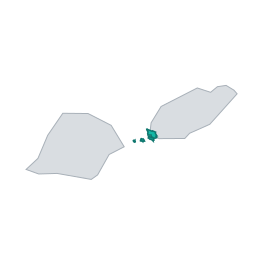 Aiga i le Tai, A'ana, Samoa (highlighted), rotated 312°
{"feature_id": "51752279B95310114006848", "entity_name": "Aiga i le Tai", "entity_type": "district", "adm_level": 2, "iso_a3": "WSM", "parent_name": "Samoa", "parent_adm1": "A'ana", "projection": "equal_earth", "projection_center": [-172.087, -13.857], "detail": "fine", "context": "in_parent", "style": "filled", "palette": "teal", "viewbox_px": 256, "rotation_deg": 312, "n_neighbors": 0, "source": "geoboundaries", "source_scale": "gbopen_adm2", "svg_char_len": 3352}
<svg xmlns="http://www.w3.org/2000/svg" viewBox="0 0 256 256"><g transform="rotate(312 128 128)"><path d="M95.3,69.7L112.0,88.6L118.7,113.7L111.5,137.7L95.7,131.7L72.8,136.8L65.2,135.1L46.8,105.7L34.1,92.4L29.0,80.0L45.2,81.4L68.9,73.2L95.3,69.7ZM226.4,186.2L185.5,186.3L165.3,177.3L158.2,177.2L140.9,158.2L138.2,148.2L147.3,141.7L166.2,138.2L204.1,152.7L209.8,165.5L218.5,166.8L225.3,172.4L227.0,181.4L226.4,186.2Z" fill="#d9dde1" stroke="#a8b0b8" stroke-width="1"/><path d="M137.5,153.6L138.1,154.3L138.2,154.5L138.3,154.6L138.5,154.9L139.2,155.4L140.0,155.8L140.5,154.3L140.8,154.5L141.0,154.6L141.4,154.7L141.5,154.8L141.6,154.3L142.4,151.8L143.1,151.4L143.4,151.3L142.3,148.1L141.9,148.1L141.7,148.1L141.3,147.0L141.3,146.9L141.2,146.6L141.0,146.0L140.7,145.3L140.3,144.2L139.9,143.1L140.0,143.0L139.9,142.9L139.7,142.8L139.6,142.7L139.5,142.8L139.4,143.0L139.5,143.1L139.4,143.2L139.3,143.4L139.2,143.4L139.2,143.6L139.1,143.8L138.9,144.1L138.9,144.3L138.8,144.5L138.8,144.8L138.7,145.0L138.5,145.4L138.4,145.4L138.4,145.5L138.2,145.5L138.0,145.8L137.9,145.9L137.7,146.0L137.2,146.3L137.0,146.5L136.9,146.5L136.8,146.8L136.7,146.8L136.5,147.0L136.4,147.2L136.4,147.3L136.2,147.4L136.3,147.5L136.5,147.7L136.7,148.0L136.8,148.1L136.9,148.3L137.0,148.4L137.3,148.9L137.6,149.2L137.7,149.3L137.8,149.5L138.0,149.7L138.2,149.9L138.0,150.1L137.8,150.2L137.7,150.4L137.6,150.5L137.4,150.6L137.4,150.8L137.2,150.9L137.1,151.0L136.8,151.2L136.9,151.3L137.2,151.7L137.6,152.4L137.6,152.9L137.6,153.4L137.5,153.6ZM135.5,149.0L135.4,149.1L135.3,149.3L135.3,149.2L135.2,149.2L135.2,149.3L134.9,149.4L134.8,149.6L134.7,149.5L134.6,149.8L134.4,150.0L134.2,150.0L134.3,150.3L134.3,150.5L134.3,150.8L134.3,151.1L134.3,151.3L134.3,151.5L134.3,151.8L134.5,151.9L134.6,152.0L134.8,152.4L134.8,152.5L134.9,153.0L135.0,153.2L135.0,153.3L135.1,153.5L135.3,154.0L135.2,154.2L135.2,154.4L135.2,154.5L135.2,154.8L135.1,155.0L135.1,155.3L135.6,154.6L135.9,154.9L136.3,155.4L136.5,155.2L137.0,154.5L137.2,154.2L137.4,153.9L137.5,153.6L137.1,153.1L137.1,152.9L136.6,152.2L136.4,151.7L136.4,151.2L136.2,150.9L136.1,150.5L136.1,150.4L136.0,149.9L135.9,149.6L135.8,149.2L135.7,149.2L135.5,149.0ZM128.9,144.9L128.8,145.0L128.7,145.1L128.4,145.1L128.3,145.3L128.2,145.3L127.8,145.3L127.7,145.4L127.5,145.5L127.4,145.6L127.2,145.6L126.9,145.7L126.7,145.8L126.7,146.0L126.8,146.1L127.0,146.1L127.3,146.2L127.4,146.4L127.5,146.6L127.5,146.8L127.5,147.0L127.4,147.0L127.5,147.3L127.6,147.5L127.7,147.8L127.7,148.0L127.8,147.9L127.8,148.0L128.0,148.0L128.3,148.3L128.5,148.4L128.7,148.5L128.8,148.6L129.0,148.7L129.2,148.8L129.2,149.0L129.3,149.1L129.4,148.9L129.3,148.7L129.5,148.4L129.6,148.2L129.7,147.9L129.8,147.9L129.8,147.6L129.8,147.4L129.9,147.2L130.0,146.9L129.9,146.9L129.8,146.7L129.7,146.4L129.6,146.2L129.4,145.9L129.4,145.7L129.2,145.5L129.2,145.3L129.2,145.2L128.9,144.9ZM122.8,140.6L122.7,140.5L122.4,140.7L122.2,140.5L122.0,140.8L121.9,140.8L121.8,141.0L121.9,141.3L121.8,141.6L121.7,141.7L121.7,141.8L121.7,142.0L121.8,142.0L121.9,142.3L122.0,142.4L122.1,142.5L122.3,142.6L122.5,142.7L122.9,142.4L123.0,142.3L123.0,142.2L123.1,141.9L123.2,141.7L123.3,141.6L123.2,141.6L123.3,141.5L123.2,141.5L123.3,141.4L123.2,141.4L123.3,141.3L123.3,141.2L123.2,141.1L123.2,140.9L123.0,140.7L122.9,140.6L122.8,140.6Z" fill="#14b8a6" stroke="#0f766e" stroke-width="1.5"/></g></svg>